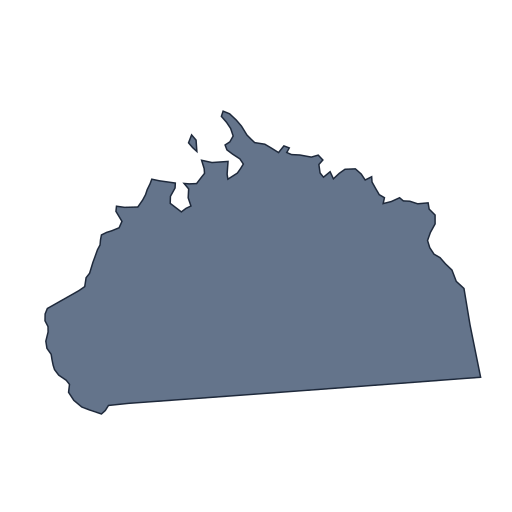 Jundiaí do Sul, Paraná, Brazil (Natural Earth projection), rotated 266°
{"feature_id": "56859067B90908496279670", "entity_name": "Jundiaí do Sul", "entity_type": "district", "adm_level": 2, "iso_a3": "BRA", "parent_name": "Brazil", "parent_adm1": "Paraná", "projection": "natural_earth1", "projection_center": [-50.188, -23.472], "detail": "fine", "context": "isolated", "style": "filled", "palette": "slate", "viewbox_px": 512, "rotation_deg": 266, "n_neighbors": 0, "source": "geoboundaries", "source_scale": "gbopen_adm2", "svg_char_len": 1847}
<svg xmlns="http://www.w3.org/2000/svg" viewBox="0 0 512 512"><g transform="rotate(266 256 256)"><path d="M109.2,90.8L112.4,94.9L117.2,98.4L117.9,118.6L118.2,228.6L118.4,277.0L118.7,344.2L119.4,471.6L172.3,464.7L209.1,461.2L216.7,454.0L228.3,450.5L235.0,444.4L241.5,439.5L245.4,433.7L252.2,429.9L259.5,428.2L267.3,431.6L275.5,436.9L284.4,437.5L290.7,432.0L297.0,431.4L296.8,420.9L299.9,413.3L300.7,406.8L304.1,403.3L300.9,394.8L299.4,386.5L305.2,388.2L308.6,383.2L315.5,379.8L321.7,376.9L327.0,376.9L324.2,370.2L330.4,366.7L336.0,361.2L336.3,350.8L332.7,344.9L327.6,338.6L334.9,335.8L329.9,328.8L334.4,325.7L342.9,325.1L347.1,329.4L352.3,325.1L350.8,318.1L353.7,306.8L354.7,298.5L357.1,293.9L361.5,296.7L363.9,291.5L357.6,285.7L362.7,278.7L366.9,272.6L369.2,262.6L372.8,259.3L377.3,255.4L386.5,250.6L393.0,245.8L399.7,239.6L402.8,233.3L397.7,231.2L391.3,236.0L385.0,239.6L377.3,241.6L371.7,237.9L368.9,232.9L363.9,234.4L359.3,239.7L354.0,246.7L348.6,249.8L344.3,246.7L340.0,243.2L334.6,233.3L339.7,232.9L352.3,234.7L352.3,218.6L355.3,208.4L346.7,210.4L342.0,210.4L338.3,207.0L332.4,201.8L332.6,194.4L333.4,189.3L327.6,193.5L318.8,192.4L310.4,194.6L308.4,189.5L305.2,184.6L314.5,174.1L321.5,174.8L329.5,180.0L334.4,180.6L337.8,164.7L339.9,157.4L335.5,155.4L329.8,152.1L324.9,150.1L319.8,146.9L313.1,141.5L313.7,128.2L315.4,120.3L310.3,119.4L299.9,124.7L293.7,121.4L291.2,113.8L290.0,108.7L287.8,103.3L282.9,102.0L277.9,101.2L273.3,98.3L266.2,95.2L261.1,92.9L250.4,88.8L246.2,85.0L237.4,83.0L233.8,76.9L218.2,44.2L212.9,41.6L206.1,41.0L200.1,43.6L194.7,43.3L185.7,40.4L178.5,41.0L172.2,44.8L166.6,45.3L161.3,46.0L156.7,47.1L150.9,50.9L145.3,58.0L140.9,61.0L133.1,59.5L124.7,64.2L117.5,71.7L114.1,79.0L109.2,90.8ZM364.4,204.3L375.8,204.3L381.3,200.2L373.6,196.6L368.6,200.3L364.4,204.3Z" fill="#64748b" stroke="#1e293b" stroke-width="1.5"/></g></svg>